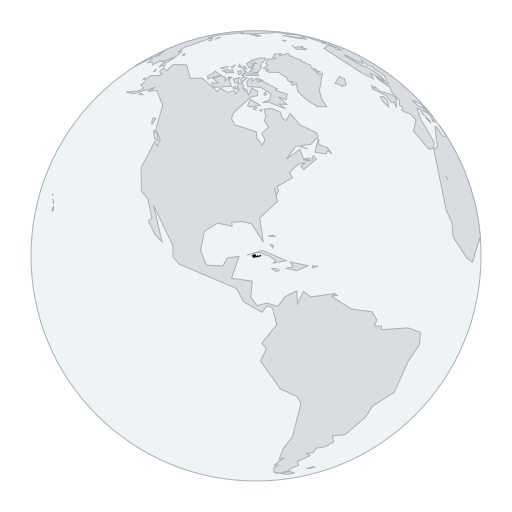 globe centered on Isla de la Juventud
{"feature_id": "CUB-1320", "entity_name": "Isla de la Juventud", "entity_type": "Special Municipality", "adm_level": 1, "iso_a3": "CUB", "parent_name": "Cuba", "parent_adm1": "", "projection": "orthographic", "projection_center": [-82.43, 21.696], "detail": "fine", "context": "on_globe", "style": "filled", "palette": "ink", "viewbox_px": 512, "rotation_deg": 0, "n_neighbors": 0, "source": "natural_earth", "source_scale": "10m", "svg_char_len": 9794}
<svg xmlns="http://www.w3.org/2000/svg" viewBox="0 0 512 512"><circle cx="256" cy="256" r="225" fill="#eef3f6" stroke="#a8b0b8"/><path d="M272.5,307.9L267.2,305.7L262.0,312.3L243.5,301.8L236.7,288.6L179.1,264.1L173.0,256.6L172.8,245.3L153.6,205.5L162.0,241.8L154.5,234.1L148.5,220.7L151.9,218.1L148.0,199.1L141.4,191.0L141.1,167.8L155.0,141.1L157.1,146.0L160.2,139.6L157.7,133.4L155.4,130.9L162.7,105.5L156.9,90.5L148.0,91.4L155.5,87.3L133.7,93.7L126.0,92.2L139.1,90.7L143.9,88.1L140.8,85.1L145.0,81.9L145.9,78.9L151.2,75.6L158.5,75.7L162.0,73.8L159.7,71.8L163.5,67.9L166.4,70.9L173.3,64.5L186.7,64.9L190.3,78.3L202.1,78.1L217.4,91.5L220.4,88.3L228.1,92.4L234.4,90.5L235.4,94.1L239.5,89.6L237.4,86.7L238.5,83.9L242.0,82.7L243.9,86.9L242.5,88.1L244.9,88.8L244.3,91.5L246.6,89.5L248.5,95.2L251.8,88.1L257.7,91.3L257.6,95.5L250.8,97.0L233.6,112.8L231.3,118.7L235.0,124.9L256.4,131.8L256.7,138.0L262.2,145.0L265.1,140.3L261.9,133.3L268.7,127.1L264.0,120.0L266.0,116.7L263.9,109.2L271.6,108.5L280.2,112.1L282.4,118.5L286.3,120.5L290.2,113.3L300.0,125.0L316.5,132.7L318.2,136.4L310.9,144.3L295.8,146.3L286.3,159.2L299.9,149.4L304.0,159.6L307.9,161.0L312.0,159.9L313.3,155.6L316.3,159.1L303.9,169.5L301.0,166.4L305.0,163.0L297.9,164.3L289.6,172.5L292.3,177.7L276.9,186.7L278.7,190.7L276.3,195.3L274.5,188.1L277.4,201.6L259.7,217.9L263.3,242.2L251.6,223.7L242.5,221.7L231.7,222.3L232.1,226.2L217.3,223.1L204.4,231.2L200.6,250.3L206.3,265.1L222.7,266.1L227.3,258.0L239.1,256.3L231.5,278.3L252.3,281.2L250.7,297.4L256.9,305.5L267.1,303.1L277.7,306.5L284.9,296.8L296.8,290.8L297.4,303.8L303.6,291.4L310.5,297.0L333.7,293.7L332.0,296.9L351.7,309.1L372.1,311.8L376.8,319.9L374.5,326.0L381.4,326.1L381.4,329.7L407.9,327.9L420.5,332.3L419.5,344.5L407.8,361.9L394.4,392.1L372.6,406.1L365.2,417.3L345.1,434.6L332.1,435.9L334.0,441.7L325.2,446.7L316.3,448.2L313.2,452.6L306.5,453.5L309.9,455.6L297.2,461.7L298.6,465.2L288.8,469.4L289.9,471.0L286.9,471.2L283.3,472.2L282.3,473.2L274.0,472.1L273.7,467.8L278.2,465.2L274.3,465.0L284.1,457.7L279.1,459.4L283.6,448.0L292.3,437.2L301.0,403.3L296.9,396.5L280.4,389.0L260.6,361.2L266.4,348.8L261.9,343.1L276.8,324.7L272.5,307.9ZM51.9,210.8L53.4,205.8L53.6,209.9L51.9,210.8ZM53.7,202.1L53.3,204.0L53.4,202.3L53.7,202.1ZM53.3,200.6L53.6,201.7L53.1,200.9L53.3,200.6ZM52.6,199.1L53.1,199.7L53.0,199.8L52.6,199.1ZM262.5,250.4L286.3,260.7L273.3,263.0L275.7,260.7L269.6,256.2L258.3,252.3L246.7,255.1L262.5,250.4ZM52.3,195.3L52.3,194.2L52.8,194.3L52.3,195.3ZM272.2,236.6L268.1,235.9L272.1,235.6L272.2,236.6ZM153.6,130.5L157.3,133.7L157.9,140.8L154.4,138.4L153.6,130.5ZM153.0,118.0L155.9,118.2L152.1,124.3L151.7,122.3L153.0,118.0ZM140.6,93.2L142.8,94.8L139.2,94.4L140.6,93.2ZM145.1,79.0L143.2,79.7L144.5,77.9L145.1,79.0ZM259.8,110.2L261.8,109.7L261.2,111.3L259.8,110.2ZM257.0,107.6L254.8,109.8L253.2,108.9L254.5,107.6L257.0,107.6ZM153.8,71.4L156.5,68.7L155.0,71.4L153.8,71.4ZM260.0,105.1L250.5,107.1L247.6,105.6L250.4,99.3L260.0,105.1ZM158.9,67.1L165.3,60.9L161.6,61.7L175.8,56.7L165.6,63.2L164.4,66.3L162.4,65.6L158.9,67.1ZM235.2,86.3L237.6,89.4L232.3,88.0L235.2,86.3ZM231.5,86.2L213.7,87.4L211.8,82.8L218.2,83.1L213.1,78.5L221.0,75.6L225.5,77.5L225.2,80.9L228.5,77.3L231.5,86.2ZM182.7,55.2L185.3,54.0L184.0,55.4L182.7,55.2ZM238.5,82.7L235.1,83.1L233.2,79.1L239.7,77.5L238.3,79.3L238.5,82.7ZM208.0,78.9L207.7,75.9L214.0,72.6L214.8,71.1L221.0,75.2L208.0,78.9ZM240.5,79.6L243.1,76.9L247.2,77.9L241.7,82.1L240.5,79.6ZM230.0,78.8L229.4,76.9L231.8,77.4L230.0,78.8ZM263.2,80.5L259.1,80.6L257.8,78.5L263.2,80.5ZM243.8,75.9L242.4,75.6L241.4,74.9L244.0,73.4L243.8,75.9ZM225.0,72.8L227.7,72.2L222.8,70.9L227.3,68.8L230.7,72.0L231.1,69.8L232.5,69.1L233.7,72.5L225.0,72.8ZM243.6,69.8L249.4,73.8L257.3,73.7L258.7,75.5L245.8,75.4L243.6,69.8ZM237.7,71.1L241.7,70.7L241.4,72.9L238.5,74.6L237.7,71.1ZM229.2,66.3L221.4,68.7L220.9,68.0L229.2,66.3ZM246.0,69.3L244.5,68.4L246.6,69.0L246.0,69.3ZM234.4,66.6L231.7,67.5L231.3,66.6L234.4,66.6ZM243.9,66.1L245.7,67.2L243.8,68.3L243.9,66.1ZM239.6,65.9L239.6,64.5L242.0,68.0L238.5,66.4L239.6,65.9ZM234.4,65.7L233.3,65.4L235.6,65.4L234.4,65.7ZM250.1,61.6L253.5,65.7L249.3,67.9L246.5,63.6L250.1,61.6ZM287.4,474.3L274.4,472.7L282.0,473.4L288.6,471.5L294.9,472.8L287.4,474.3ZM306.4,468.6L313.3,466.7L314.5,467.0L310.0,468.4L306.4,468.6ZM421.6,103.3L420.8,102.4L419.5,101.0L421.6,103.3ZM397.5,80.7L398.3,81.4L411.8,93.3L413.3,94.7L415.7,97.1L422.0,104.2L427.0,109.4L431.2,114.5L424.3,107.7L420.5,103.8L412.5,100.5L417.2,105.1L425.0,108.9L425.2,110.0L431.6,117.4L426.8,112.6L417.0,108.3L420.1,117.8L434.1,142.3L433.7,148.2L428.8,149.3L413.5,130.9L416.0,119.9L410.6,114.2L401.4,110.4L402.9,107.7L399.5,105.1L399.6,101.1L391.1,91.1L389.9,87.2L378.3,79.5L376.1,76.7L383.6,81.8L388.2,83.8L384.2,75.6L380.9,72.9L373.7,68.8L373.5,67.5L367.1,64.6L360.7,59.4L363.0,63.7L354.6,60.1L346.3,55.4L343.9,55.2L357.5,63.1L362.5,65.7L366.2,66.5L380.3,75.5L383.5,79.3L370.3,73.6L373.3,78.8L361.8,73.0L332.1,53.7L324.0,48.4L328.0,45.1L334.7,47.4L336.6,49.6L342.5,50.1L338.3,48.8L338.2,48.0L330.1,45.2L329.6,44.6L322.7,43.3L321.2,42.3L325.6,43.1L312.3,39.1L306.9,37.1L304.1,36.6L302.7,36.6L296.8,34.6L295.1,34.4L296.3,34.8L293.6,34.8L286.5,34.3L284.8,33.6L287.2,33.7L289.6,33.3L296.1,34.3L295.1,34.1L311.0,37.5L326.6,42.1L341.8,47.7L356.6,54.4L370.8,62.2L384.5,71.0L397.5,80.7ZM294.2,34.0L288.7,33.1L285.7,33.4L281.9,33.4L282.3,32.8L281.9,33.0L279.5,32.8L275.5,32.1L274.6,32.7L250.3,33.9L240.3,33.5L243.4,32.4L224.7,34.7L214.8,35.5L216.0,35.8L207.9,38.0L210.8,37.6L210.8,38.0L191.2,45.2L185.3,46.9L178.1,51.6L178.7,52.0L182.7,50.8L175.8,56.7L161.6,61.7L160.9,60.6L152.4,65.0L152.2,62.3L148.0,62.6L152.7,57.9L149.0,59.1L146.1,60.8L138.9,64.2L134.8,66.1L137.8,64.2L150.9,57.0L160.5,55.2L157.7,54.9L162.2,52.9L163.5,51.7L161.2,52.1L158.6,53.3L170.1,47.8L184.9,42.2L200.1,37.8L215.5,34.4L231.1,32.1L246.9,30.9L262.7,30.8L278.5,31.8L294.2,34.0ZM480.7,239.4L480.5,237.2L480.6,242.9L479.6,237.8L479.1,240.2L472.4,262.4L467.1,258.3L453.1,237.1L452.0,222.8L446.2,210.1L433.8,149.5L437.5,147.0L435.0,126.8L435.8,126.2L443.0,136.3L446.7,136.1L439.7,125.6L439.4,125.2L449.0,139.9L457.5,155.2L464.7,171.2L470.7,187.8L475.4,204.7L478.7,221.9L480.7,239.4ZM445.5,175.4L447.6,179.4L447.6,179.5L445.5,175.4ZM334.4,293.4L337.3,295.5L333.6,296.1L334.4,293.4ZM271.7,268.5L276.6,268.6L279.3,270.5L275.5,271.4L271.7,268.5ZM312.5,265.7L318.0,266.2L312.4,267.9L312.5,265.7ZM290.0,262.0L308.1,265.7L297.1,270.6L285.7,268.4L293.4,266.7L290.0,262.0ZM270.4,244.5L273.5,245.3L272.7,247.8L270.4,244.5ZM275.1,236.4L273.9,236.7L272.2,234.8L275.1,236.4ZM304.8,159.0L305.8,158.3L310.2,158.1L308.4,160.1L304.8,159.0ZM327.5,147.6L331.8,153.6L327.5,150.4L326.0,153.9L315.0,152.1L318.5,138.1L318.9,144.5L327.5,147.6ZM301.4,146.6L307.9,148.8L300.7,147.0L301.4,146.6ZM380.3,96.7L383.2,96.5L387.3,100.2L388.8,107.0L382.8,101.5L380.3,96.7ZM386.2,95.6L372.7,89.1L371.3,85.2L374.4,88.4L374.8,86.5L379.9,91.2L391.7,94.6L396.1,98.2L396.4,107.6L393.9,102.2L391.3,102.5L386.2,95.6ZM340.8,84.9L335.0,83.5L339.4,76.6L344.4,78.8L346.2,85.1L341.4,86.4L340.8,84.9ZM266.9,94.4L264.3,95.4L263.8,94.1L265.5,92.1L266.9,94.4ZM261.4,80.7L277.3,88.9L275.3,90.3L287.1,94.2L286.2,99.7L278.6,96.9L286.8,104.4L279.5,104.1L285.7,108.9L268.7,102.1L262.5,102.6L269.8,99.8L270.8,94.6L269.3,92.5L260.6,87.3L247.8,86.6L246.7,81.8L249.4,78.7L252.3,78.2L252.1,81.3L256.1,78.3L258.0,82.5L261.4,80.7ZM281.1,53.4L279.6,55.8L288.1,53.4L290.1,56.3L290.9,55.9L295.1,58.1L301.6,60.3L301.5,61.8L304.1,62.0L306.8,63.8L310.4,64.7L311.4,67.9L315.8,69.4L313.8,70.1L321.0,72.0L316.1,72.1L319.2,74.7L322.4,73.3L319.4,91.0L321.9,99.5L326.8,106.8L317.6,106.7L307.2,100.2L297.6,91.4L296.5,83.7L292.5,85.5L290.8,82.4L294.6,82.3L287.7,80.8L287.4,78.3L278.8,72.4L269.1,72.3L265.7,70.4L269.3,69.3L263.4,68.3L267.9,64.9L265.6,63.6L267.8,59.4L276.1,58.4L272.9,57.1L274.3,54.2L281.1,53.4ZM250.9,60.4L260.4,57.8L266.2,58.4L260.0,65.7L261.5,67.3L257.8,72.6L249.5,71.8L251.3,70.3L251.2,68.7L253.8,69.6L251.6,67.7L254.1,65.7L253.0,63.8L256.4,63.4L250.9,60.4ZM432.5,121.1L432.4,120.0L431.3,117.4L435.3,122.4L432.5,121.1ZM426.1,118.2L425.4,116.3L430.5,121.4L430.6,122.8L426.1,118.2ZM420.6,111.3L425.0,115.8L422.7,114.2L420.6,111.3ZM382.5,80.2L381.2,78.4L382.7,79.1L385.5,81.2L382.5,80.2ZM306.7,49.0L304.9,49.8L303.5,49.3L296.4,49.3L294.4,47.5L297.9,46.7L306.7,49.0ZM432.6,116.1L432.8,116.4L431.7,115.0L431.6,114.9L432.6,116.1ZM303.3,47.0L300.6,47.2L301.3,46.2L303.3,47.0ZM292.6,46.2L292.6,44.9L293.3,47.3L292.6,46.2ZM282.3,35.4L294.4,37.0L301.8,37.8L303.8,37.4L306.1,39.1L294.8,37.8L282.3,35.4ZM254.5,33.9L252.7,34.9L250.0,34.6L250.0,34.3L254.5,33.9ZM255.9,34.5L260.2,35.8L257.0,36.5L254.2,35.2L255.9,34.5ZM282.2,40.1L285.9,40.6L285.3,41.2L282.2,40.1ZM183.9,53.8L185.2,54.0L182.7,54.7L183.9,53.8ZM212.6,37.8L212.1,38.4L209.2,38.9L212.6,37.8ZM209.1,40.6L212.8,39.5L209.6,40.9L209.1,40.6ZM220.9,37.4L214.6,39.3L219.6,37.2L220.9,37.4Z" fill="#d9dde1" stroke="#a8b0b8" stroke-width="1"/><path d="M255.5,256.2L255.5,256.3L255.6,256.5L255.4,256.6L254.8,256.9L254.5,257.0L254.3,257.0L254.2,257.0L253.9,257.0L253.9,256.9L253.7,256.9L253.5,256.7L253.4,256.6L253.3,256.4L253.2,256.3L253.3,256.3L253.5,256.4L253.5,256.5L253.8,256.6L254.0,256.4L254.0,256.5L254.1,256.4L253.7,255.7L253.6,255.4L253.8,255.3L253.8,255.2L254.0,255.1L253.9,255.1L254.0,255.0L254.4,255.1L254.7,255.1L254.9,255.2L255.0,255.2L255.1,255.3L255.0,255.5L255.3,255.7L255.4,255.8L255.3,256.0L255.5,256.2L255.5,256.2ZM259.9,255.9L259.8,256.0L259.7,256.1L259.4,256.3L259.2,256.4L259.3,256.3L259.4,256.2L259.5,256.2L259.8,255.9L259.9,255.9ZM257.6,256.2L257.7,256.3L257.4,256.4L257.3,256.5L257.2,256.5L257.3,256.4L257.5,256.3L257.6,256.2L257.6,256.2ZM258.1,256.1L257.9,256.3L257.8,256.2L257.9,256.3L258.0,256.2L258.1,256.1ZM255.2,255.0L255.4,255.0L255.2,255.1L255.2,255.0Z" fill="#0f172a" stroke="#020617" stroke-width="1.5"/></svg>